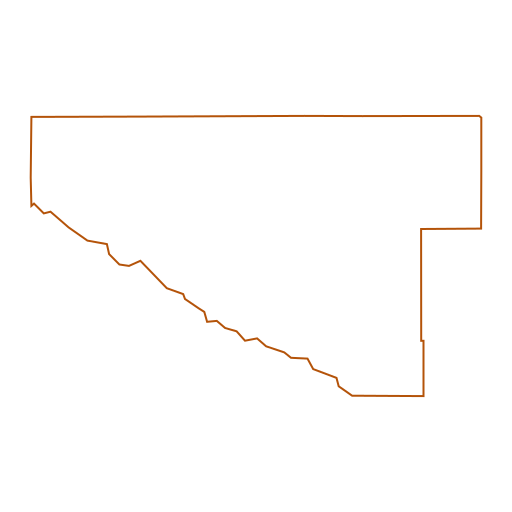 outline of Renville, Minnesota, United States of America
{"feature_id": "52423323B30045051318693", "entity_name": "Renville", "entity_type": "district", "adm_level": 2, "iso_a3": "USA", "parent_name": "United States of America", "parent_adm1": "Minnesota", "projection": "mercator", "projection_center": [-95.036, 44.674], "detail": "fine", "context": "isolated", "style": "outline", "palette": "amber", "viewbox_px": 512, "rotation_deg": 0, "n_neighbors": 0, "source": "geoboundaries", "source_scale": "gbopen_adm2", "svg_char_len": 647}
<svg xmlns="http://www.w3.org/2000/svg" viewBox="0 0 512 512"><path d="M138.4,116.6L31.4,116.9L30.7,177.6L31.4,205.9L34.0,203.6L43.8,213.4L50.5,211.7L68.6,227.4L87.4,240.6L106.9,244.1L109.1,254.1L119.4,264.5L129.0,265.9L140.4,260.8L166.8,288.2L183.2,294.1L185.0,299.0L198.5,308.2L204.3,311.9L207.1,321.8L216.8,320.9L225.1,328.0L236.6,331.3L245.0,340.7L257.1,338.4L266.1,346.3L284.3,352.4L291.0,357.8L307.5,358.6L313.2,369.1L336.5,377.9L338.7,386.3L352.1,395.7L423.5,396.1L423.5,340.8L421.2,340.8L421.1,229.0L481.1,228.6L481.3,172.2L481.3,117.6L479.2,115.9L362.4,116.1L304.6,115.9L138.4,116.6Z" fill="none" stroke="#b45309" stroke-width="2"/></svg>